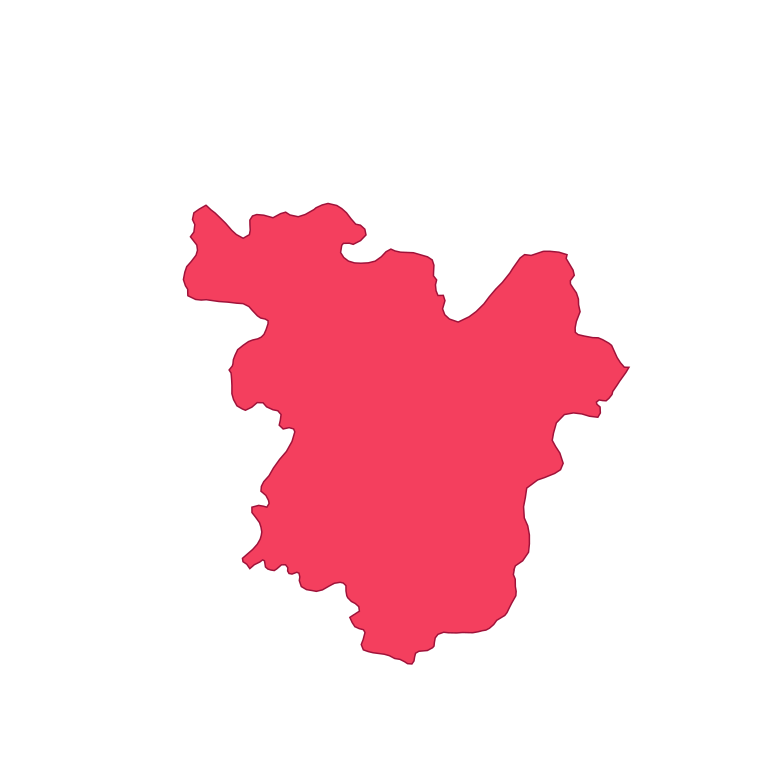 Buda-Kashalyova, Gomel, Belarus (Mercator projection), rotated 319°
{"feature_id": "67162791B74774527984565", "entity_name": "Buda-Kashalyova", "entity_type": "district", "adm_level": 2, "iso_a3": "BLR", "parent_name": "Belarus", "parent_adm1": "Gomel", "projection": "mercator", "projection_center": [30.535, 52.745], "detail": "fine", "context": "isolated", "style": "filled", "palette": "rose", "viewbox_px": 768, "rotation_deg": 319, "n_neighbors": 0, "source": "geoboundaries", "source_scale": "gbopen_adm2", "svg_char_len": 4227}
<svg xmlns="http://www.w3.org/2000/svg" viewBox="0 0 768 768"><g transform="rotate(319 384 384)"><path d="M203.1,548.6L204.7,552.2L207.3,556.0L206.6,559.1L203.8,561.0L200.6,563.2L195.9,565.7L194.0,571.1L196.5,575.5L199.4,579.6L202.5,583.1L206.9,588.1L209.8,592.5L212.0,598.2L215.4,602.3L217.3,607.0L218.3,610.5L221.4,613.6L224.9,612.7L228.0,610.1L231.2,607.9L235.0,608.6L239.7,612.0L241.9,613.6L247.6,614.9L249.8,614.6L252.6,612.0L256.1,609.2L260.5,608.3L266.2,610.5L269.3,613.9L275.6,619.6L280.3,623.1L285.1,627.5L287.9,630.0L292.6,632.8L296.4,634.7L299.5,636.6L303.3,637.5L309.0,637.5L314.0,636.3L317.5,636.9L323.5,637.9L326.9,637.2L332.0,635.0L336.7,633.1L344.6,630.3L347.7,627.2L350.2,623.1L355.0,617.4L356.6,612.7L360.3,609.7L360.2,609.4L363.9,607.4L372.7,608.4L382.7,605.8L388.9,600.0L394.7,593.3L399.4,585.4L402.0,577.1L408.8,568.2L416.1,562.5L423.4,556.2L437.0,557.2L443.7,559.9L454.2,563.5L461.0,564.5L467.2,561.4L471.4,551.5L472.5,543.7L474.0,536.9L479.8,532.2L488.6,526.4L500.1,525.4L508.0,530.1L513.7,536.4L517.9,543.1L523.6,549.4L528.3,547.8L532.0,543.1L531.4,539.0L532.4,537.0L535.9,537.2L538.0,539.8L540.6,542.4L544.4,542.4L549.2,541.5L551.7,539.7L558.7,537.9L563.9,536.4L570.3,534.9L574.4,533.9L579.8,532.1L576.4,529.0L576.4,523.1L577.3,516.9L581.1,504.2L580.5,500.8L578.1,494.0L576.0,489.7L571.9,485.9L566.6,479.2L562.9,474.1L562.3,470.5L565.1,467.0L570.2,463.0L579.4,458.1L582.8,451.9L586.5,447.4L589.0,441.4L589.5,436.7L590.3,430.9L592.4,428.3L598.9,426.8L601.4,422.1L603.8,408.8L607.0,406.5L602.5,399.3L596.4,392.8L591.3,388.4L585.2,385.9L579.4,383.5L575.0,378.6L569.4,378.2L556.8,381.3L551.9,382.8L540.0,385.0L530.7,385.7L520.8,387.2L512.0,389.1L501.1,389.8L492.3,389.1L480.6,385.9L476.0,377.9L475.3,371.6L477.5,365.7L484.7,361.1L486.9,356.0L482.8,352.6L484.5,347.7L487.9,342.9L492.0,340.0L492.3,334.8L494.7,332.2L499.6,327.1L501.8,322.0L500.3,316.6L492.3,304.2L483.0,295.4L479.6,290.8L477.7,286.7L472.3,285.5L465.5,286.2L458.0,285.5L451.7,282.3L445.8,277.7L441.2,273.3L437.8,267.9L436.6,262.1L437.5,256.3L443.1,251.6L445.6,251.2L450.2,255.0L452.4,258.4L460.4,260.4L468.2,259.7L471.1,254.6L470.4,248.7L467.5,244.8L467.5,237.5L468.0,230.2L467.2,223.9L465.5,218.3L460.2,211.0L454.8,208.3L448.3,206.4L445.6,206.4L435.8,204.4L429.0,201.5L423.9,194.7L422.5,189.8L417.8,187.6L409.3,185.7L404.0,177.7L399.1,172.6L395.0,170.9L390.3,172.3L387.2,176.0L384.0,180.1L380.4,183.0L373.3,181.6L370.6,174.3L369.9,168.2L369.9,158.9L369.4,152.1L368.7,144.1L367.7,139.2L367.0,132.4L366.9,132.3L359.4,130.8L352.8,130.1L347.4,134.2L345.8,139.6L340.2,144.6L334.5,145.9L334.2,151.2L333.9,156.3L331.0,160.7L326.6,163.5L318.8,165.1L312.1,166.0L307.1,168.9L301.1,173.6L298.6,179.6L298.0,183.7L295.4,186.8L293.9,188.7L297.3,196.6L301.1,200.7L305.2,203.8L313.4,213.3L320.0,219.9L325.7,226.2L330.4,230.9L332.9,236.9L332.9,242.0L333.2,249.5L334.2,253.3L337.0,257.1L338.0,260.2L336.1,262.4L330.7,265.6L326.0,267.8L322.2,268.1L318.4,267.1L313.7,264.6L309.6,263.1L303.3,262.4L296.1,262.1L290.4,264.6L286.3,266.8L283.2,269.7L281.3,270.9L276.3,271.8L275.8,275.3L274.3,277.5L271.6,281.1L268.3,285.3L265.6,288.4L262.8,291.6L260.2,297.1L258.7,304.0L260.7,309.9L262.2,312.9L269.1,314.8L276.0,314.8L280.4,318.8L280.4,324.2L283.3,330.6L286.3,334.5L286.3,339.5L281.9,343.4L277.9,346.3L278.4,351.8L283.8,354.7L286.3,358.6L285.3,361.6L276.9,367.0L266.1,370.9L255.8,372.4L245.4,374.9L237.1,377.8L229.2,378.8L224.3,380.8L220.8,384.2L221.8,390.6L220.5,396.0L218.9,398.8L214.8,400.1L212.9,397.2L209.8,393.4L203.5,390.3L200.0,394.4L199.7,400.4L199.1,407.0L197.2,411.4L194.7,415.5L192.1,417.7L188.7,419.9L183.3,421.8L176.4,422.7L170.7,422.7L162.8,422.7L161.0,425.6L162.2,430.0L161.6,435.3L167.6,435.3L173.6,436.9L177.0,437.1L177.8,438.9L176.4,441.3L174.5,444.3L174.9,447.4L176.6,450.2L178.8,452.8L181.8,453.2L188.0,453.2L191.1,455.8L190.9,459.5L188.6,461.9L188.0,464.7L189.9,467.1L194.7,468.9L195.7,471.0L193.9,474.4L191.1,476.8L188.7,482.6L190.6,488.3L194.7,493.3L196.9,496.1L202.5,499.0L210.1,500.5L215.8,501.8L220.8,504.9L222.7,507.5L223.0,511.2L219.5,515.3L217.0,519.4L216.4,521.6L216.7,526.7L218.3,530.8L218.9,535.5L216.4,539.3L209.5,538.3L205.1,537.7L203.5,543.1L202.8,548.1L203.1,548.6Z" fill="#f43f5e" stroke="#9f1239" stroke-width="1.5"/></g></svg>